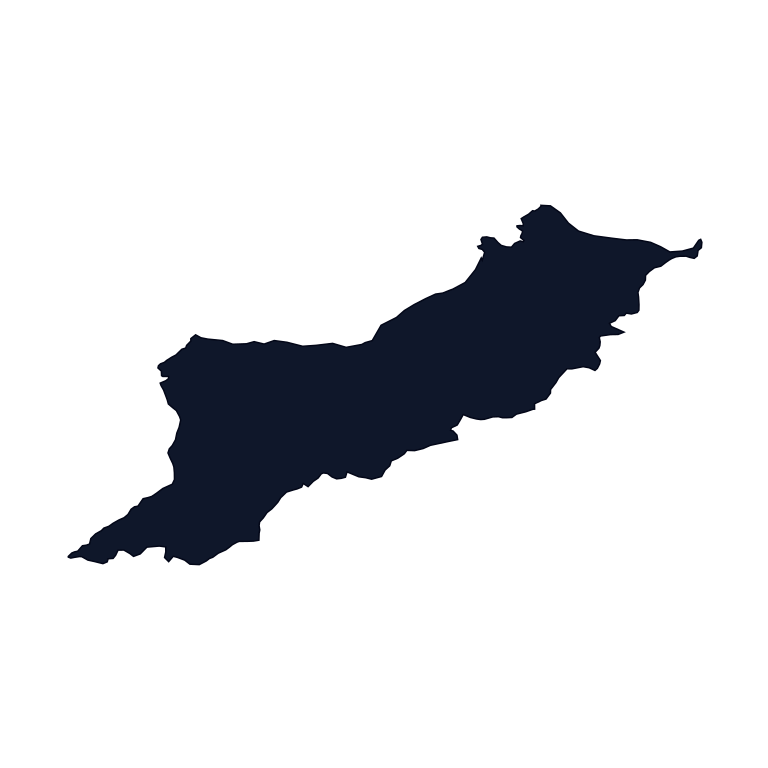 outline of Kalavasos, Larnaca, Cyprus, rotated 86°
{"feature_id": "46923920B45773210999815", "entity_name": "Kalavasos", "entity_type": "district", "adm_level": 2, "iso_a3": "CYP", "parent_name": "Cyprus", "parent_adm1": "Larnaca", "projection": "equal_earth", "projection_center": [33.286, 34.783], "detail": "fine", "context": "isolated", "style": "filled", "palette": "ink", "viewbox_px": 768, "rotation_deg": 86, "n_neighbors": 0, "source": "geoboundaries", "source_scale": "gbopen_adm2", "svg_char_len": 3919}
<svg xmlns="http://www.w3.org/2000/svg" viewBox="0 0 768 768"><g transform="rotate(86 384 384)"><path d="M265.1,278.2L276.3,284.8L285.1,292.9L288.4,295.9L294.2,308.8L294.9,311.3L297.4,319.1L297.9,326.3L301.8,336.6L306.9,348.4L312.1,358.5L318.5,366.9L325.2,382.8L339.9,392.7L341.4,399.9L343.0,403.3L344.8,419.2L339.9,432.4L340.7,449.1L340.7,462.5L335.6,477.9L333.0,490.5L335.8,500.8L332.7,510.6L334.3,518.4L333.8,532.1L329.4,541.9L326.9,556.7L325.1,563.4L321.8,568.5L325.2,573.5L327.7,573.7L331.7,578.2L334.3,579.3L335.2,583.2L340.6,589.6L342.4,593.8L343.8,596.4L345.2,599.0L347.1,601.6L348.3,605.6L350.0,607.7L352.2,608.4L353.6,607.1L355.6,605.2L360.2,605.3L361.0,604.2L361.3,600.4L361.4,598.4L363.5,598.5L365.5,601.4L367.5,607.2L370.0,606.5L374.6,604.3L382.3,602.0L384.8,601.3L388.9,600.5L393.1,596.2L396.0,593.0L402.2,590.2L405.7,589.3L412.9,591.4L418.5,594.1L425.1,595.9L430.6,599.5L433.7,602.7L437.7,604.3L443.2,602.4L448.5,600.3L452.1,599.4L457.9,599.3L464.7,599.7L469.2,602.2L472.8,611.9L477.2,618.7L480.0,623.6L480.9,627.5L481.6,632.3L488.7,638.0L489.1,641.5L491.3,645.0L496.3,648.5L499.3,652.7L501.1,657.8L504.0,663.9L506.8,668.5L508.2,673.5L510.6,676.2L513.4,682.1L517.7,687.2L523.1,688.9L524.0,692.1L524.3,696.1L529.4,701.2L529.9,704.5L530.8,707.2L534.0,711.0L534.7,711.0L535.8,708.6L535.3,704.6L534.9,699.7L535.2,697.5L539.0,691.7L540.9,685.2L543.6,676.9L542.1,672.5L539.1,671.4L539.1,666.4L536.2,663.7L531.2,660.9L531.5,655.1L535.5,649.2L538.5,645.9L536.5,639.0L530.2,631.9L530.0,619.5L531.3,613.1L536.3,613.4L541.8,615.0L546.2,611.2L541.2,606.3L542.5,602.3L545.8,595.1L550.2,590.2L551.3,580.9L548.1,573.6L545.9,570.3L544.9,566.9L541.2,561.1L538.4,553.4L535.9,549.5L533.7,546.4L531.5,541.6L530.9,539.4L531.4,531.4L531.6,525.0L531.1,519.7L524.2,519.0L520.9,518.1L516.5,518.5L512.9,517.7L509.2,513.8L506.6,511.7L504.1,509.7L500.7,504.6L497.7,501.4L494.6,498.2L490.1,494.9L488.9,493.4L485.0,488.8L483.3,481.6L482.6,478.0L481.1,473.4L477.6,471.5L481.1,466.9L476.2,461.4L475.2,459.7L473.2,456.3L469.2,452.8L468.5,450.6L469.3,446.6L473.1,442.3L475.3,437.9L475.1,433.1L474.3,429.0L469.1,427.0L474.8,415.6L476.2,408.8L478.1,403.0L476.1,392.9L469.9,388.9L466.0,384.0L461.2,382.1L459.0,375.5L455.0,368.6L451.8,365.8L452.6,358.1L451.1,349.4L448.4,342.0L445.9,324.3L444.6,314.4L440.1,314.8L435.7,318.4L434.9,320.8L432.4,319.9L430.0,313.8L424.8,310.2L420.0,307.1L423.4,300.2L425.3,294.3L426.2,290.1L426.2,286.3L424.4,277.8L424.6,272.0L425.9,268.2L426.2,263.6L426.3,258.7L423.3,254.0L421.6,244.5L419.6,237.2L419.6,235.5L414.2,235.2L411.4,228.0L410.7,225.0L410.3,223.4L404.7,218.6L401.1,218.2L394.6,212.4L389.8,209.2L381.6,200.4L382.0,195.5L380.6,184.1L382.1,178.2L385.2,172.6L383.3,170.1L379.0,167.5L375.7,166.5L367.1,171.2L363.3,167.1L360.7,166.0L357.0,165.4L352.7,166.0L351.2,164.7L350.8,158.7L350.5,154.6L350.9,147.0L349.0,141.0L346.5,145.7L342.5,153.3L339.2,154.9L336.9,148.9L332.3,144.9L332.4,139.5L330.2,137.4L331.4,132.3L330.3,126.4L328.2,124.6L322.6,124.1L314.9,124.0L310.4,124.3L306.0,122.4L302.9,118.7L298.6,116.0L293.9,115.5L290.4,111.6L286.9,106.1L285.8,99.6L282.6,94.8L280.5,91.4L278.9,88.2L277.5,84.0L277.2,79.9L277.6,73.6L279.0,70.2L280.3,65.8L278.1,62.6L272.7,61.4L270.2,57.9L264.8,57.0L261.8,58.0L262.6,60.0L270.0,65.9L272.2,77.1L272.2,89.6L266.4,98.4L261.3,108.1L257.8,121.4L257.2,132.2L254.6,145.8L250.8,164.3L245.0,179.3L236.4,188.8L225.6,196.1L217.9,205.5L216.7,215.0L217.6,214.9L220.2,218.0L222.0,221.6L221.5,223.7L224.7,227.9L227.0,232.7L228.6,235.6L233.6,233.9L235.9,234.1L235.4,237.1L235.5,240.3L236.5,240.4L238.8,238.2L241.0,235.1L243.3,235.7L245.8,237.2L247.5,237.6L250.6,234.2L251.8,235.2L250.8,238.2L252.9,243.9L256.4,247.3L255.8,252.2L253.9,257.4L250.9,260.4L246.1,264.1L245.6,267.6L244.4,271.2L244.5,275.6L246.6,277.2L251.4,276.0L252.5,277.6L253.2,280.9L255.4,279.9L256.6,276.6L259.6,274.4L263.6,275.9L267.4,277.4L265.1,278.2Z" fill="#0f172a" stroke="#020617" stroke-width="1.5"/></g></svg>